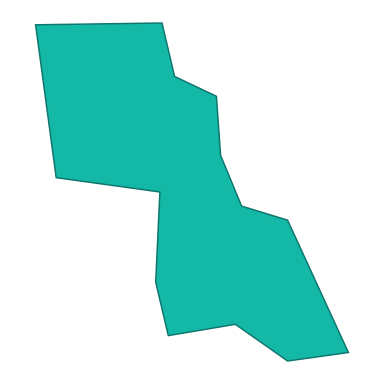 map outline of Pasay (Equal Earth projection)
{"feature_id": "PHL-5554", "entity_name": "Pasay", "entity_type": "Highly Urbanized City", "adm_level": 1, "iso_a3": "PHL", "parent_name": "Philippines", "parent_adm1": "", "projection": "equal_earth", "projection_center": [121.011, 14.532], "detail": "fine", "context": "isolated", "style": "filled", "palette": "teal", "viewbox_px": 384, "rotation_deg": 0, "n_neighbors": 0, "source": "natural_earth", "source_scale": "10m", "svg_char_len": 305}
<svg xmlns="http://www.w3.org/2000/svg" viewBox="0 0 384 384"><path d="M56.2,177.7L35.6,24.8L162.0,23.0L174.6,76.5L216.4,96.3L220.6,155.4L241.6,206.1L287.6,220.2L348.4,352.5L287.6,361.0L235.3,324.3L168.3,335.6L155.7,282.1L159.9,192.0L56.2,177.7Z" fill="#14b8a6" stroke="#0f766e" stroke-width="1.5"/></svg>